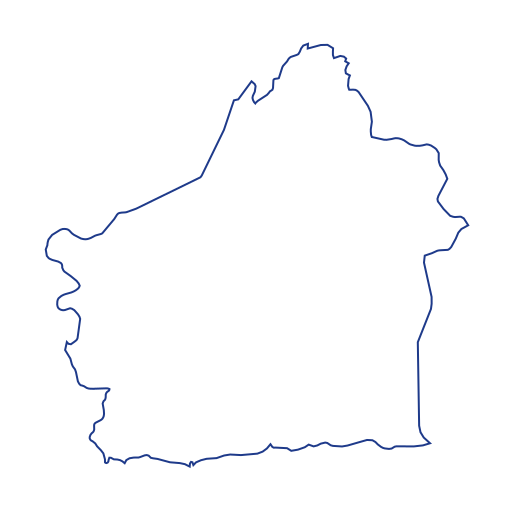 the Region of Worodougou, rotated 273°
{"feature_id": "CIV-3443", "entity_name": "Worodougou", "entity_type": "Region", "adm_level": 1, "iso_a3": "CIV", "parent_name": "Ivory Coast", "parent_adm1": "", "projection": "natural_earth1", "projection_center": [-6.431, 8.415], "detail": "fine", "context": "isolated", "style": "outline", "palette": "blue", "viewbox_px": 512, "rotation_deg": 273, "n_neighbors": 0, "source": "natural_earth", "source_scale": "10m", "svg_char_len": 4179}
<svg xmlns="http://www.w3.org/2000/svg" viewBox="0 0 512 512"><g transform="rotate(273 256 256)"><path d="M297.8,466.3L293.7,459.7L289.9,456.8L283.8,454.6L275.2,450.5L273.2,448.8L272.2,447.3L271.3,439.2L271.0,437.7L270.6,436.5L268.0,431.5L265.2,424.5L258.2,424.1L224.3,433.5L217.5,433.9L212.3,433.5L178.4,422.1L95.0,427.8L88.6,429.5L83.5,433.0L78.1,439.6L75.6,432.6L74.1,423.5L73.3,406.2L72.8,404.4L70.8,401.5L70.3,398.9L70.6,394.6L71.0,392.9L71.9,390.9L74.2,387.5L76.5,385.0L78.1,381.9L78.1,376.5L75.3,368.3L71.5,357.3L70.3,351.9L70.4,342.7L70.9,340.5L73.0,337.0L73.3,334.9L72.0,330.5L70.0,327.1L68.9,323.5L70.4,318.5L67.6,314.8L64.8,308.0L63.3,301.4L65.7,297.1L65.7,285.3L65.5,283.8L66.2,282.3L68.8,280.3L64.4,277.0L61.0,272.9L58.7,267.7L56.4,251.4L56.4,240.6L55.1,234.6L52.1,227.2L50.9,217.3L49.2,211.8L46.8,206.9L43.9,204.4L46.7,203.3L47.0,201.9L45.3,200.9L42.2,200.8L44.4,195.9L45.2,190.8L45.5,180.9L48.2,168.3L48.6,163.7L49.0,161.5L51.0,159.3L51.5,157.3L51.1,155.3L49.1,150.7L48.6,149.2L48.3,144.4L47.4,140.3L45.4,137.2L42.2,135.7L43.9,133.4L45.0,131.0L45.5,128.3L45.5,124.7L46.9,121.7L46.9,120.1L44.7,119.5L43.0,119.3L42.0,118.7L41.4,117.6L41.6,116.5L42.1,116.0L45.1,115.8L50.9,113.9L54.0,111.2L57.6,107.3L60.4,105.3L62.5,102.4L62.9,101.4L63.3,100.7L64.0,100.1L65.1,99.5L66.5,99.4L68.6,100.0L69.7,100.7L70.4,101.2L70.5,101.3L71.1,102.0L71.9,102.7L72.9,103.2L74.3,103.5L78.3,103.2L79.5,103.3L80.5,103.9L81.3,104.9L83.8,109.2L84.5,110.2L85.4,111.1L86.5,111.7L87.7,112.2L89.0,112.4L90.4,112.5L94.1,112.1L100.6,110.6L102.1,111.0L103.4,111.6L104.2,112.5L105.5,113.1L107.2,113.3L109.8,113.2L111.2,113.6L112.3,114.3L113.9,116.2L114.8,116.6L115.5,116.6L116.0,114.9L116.0,113.3L115.0,101.5L115.0,101.4L114.9,101.3L114.8,97.5L114.9,95.7L115.4,93.8L116.9,91.2L117.5,89.3L117.8,87.6L119.2,86.1L121.5,84.7L130.6,82.3L133.3,81.2L136.1,78.9L138.2,77.8L143.8,76.0L152.1,70.3L160.2,71.6L158.5,73.3L158.2,75.8L160.9,79.2L162.5,81.0L163.4,81.6L164.7,82.1L184.0,83.7L186.1,82.9L188.4,81.3L192.4,77.4L193.7,75.0L194.1,73.1L192.1,68.2L191.8,66.8L191.8,65.4L192.1,64.0L192.6,62.8L193.3,61.8L194.1,61.0L195.5,60.4L197.2,60.0L200.4,60.0L202.2,60.4L203.5,61.1L205.9,63.7L207.2,65.9L208.0,67.8L209.9,73.4L211.0,75.7L212.3,77.8L213.9,79.7L214.8,80.5L215.9,81.1L217.1,81.5L219.2,80.4L221.7,78.2L226.2,72.1L230.4,65.5L231.6,64.4L234.2,63.1L235.9,63.0L237.5,62.6L238.8,61.5L240.1,58.7L241.4,52.8L242.4,50.2L243.0,49.1L245.2,47.1L251.5,45.7L255.9,47.1L257.2,47.1L259.0,47.3L261.6,47.9L266.4,51.3L271.9,59.2L272.8,61.4L273.0,63.0L273.0,64.5L272.8,66.0L272.3,67.3L271.5,68.4L269.0,71.0L267.6,73.1L264.3,80.3L264.0,81.8L263.8,83.4L263.8,84.9L264.0,86.3L264.4,87.7L265.4,90.1L267.8,94.1L268.4,95.5L269.7,99.5L270.1,100.5L270.6,101.3L285.5,112.5L289.9,115.0L291.0,115.9L291.8,117.2L292.3,119.6L292.7,123.0L293.0,124.4L297.0,133.9L331.7,196.4L333.5,197.6L380.3,217.4L410.3,225.8L411.5,230.1L430.2,242.4L427.6,245.7L425.6,246.7L420.0,246.2L415.8,244.5L413.7,244.2L411.7,244.8L409.6,246.0L408.3,247.3L409.1,247.8L411.1,249.8L417.5,258.6L420.0,260.6L421.1,261.2L421.9,262.4L422.9,263.7L424.7,264.2L432.6,264.2L433.7,265.0L434.1,266.6L434.4,268.4L434.8,269.5L445.8,272.4L447.3,273.1L451.9,276.8L454.5,278.2L455.6,279.1L456.6,280.3L458.9,286.1L459.8,287.7L462.4,289.1L465.6,290.2L468.6,292.2L470.6,296.8L465.9,296.8L470.1,309.7L470.6,316.4L467.5,322.1L464.1,322.1L460.7,322.3L457.7,323.5L460.2,329.7L459.7,333.3L457.9,335.7L455.1,334.9L453.3,338.5L450.2,336.6L446.4,335.5L443.1,336.2L441.2,340.3L437.5,339.2L430.8,339.0L428.2,339.8L426.9,340.4L427.2,344.5L427.1,346.7L426.4,348.2L425.1,349.9L411.8,359.9L406.0,362.9L396.2,364.7L388.6,364.0L386.4,364.1L383.0,364.6L380.9,365.4L380.9,365.5L378.8,377.9L378.9,380.4L379.9,385.2L380.7,387.9L381.0,389.4L381.0,391.0L380.9,392.5L380.2,395.4L379.2,397.9L376.0,403.1L375.5,404.3L374.5,408.7L374.4,410.3L374.6,413.6L375.2,416.5L376.4,420.6L376.2,422.6L375.5,425.0L373.3,428.8L372.0,430.5L368.3,433.1L361.5,433.4L359.2,433.9L355.9,435.2L351.6,438.6L347.3,441.2L343.1,443.0L325.6,435.0L322.5,434.2L320.0,434.8L312.7,440.9L306.3,447.8L305.5,450.7L305.3,452.7L305.9,457.5L305.9,458.6L305.1,460.3L304.4,461.6L297.8,466.3Z" fill="none" stroke="#1e3a8a" stroke-width="2"/></g></svg>